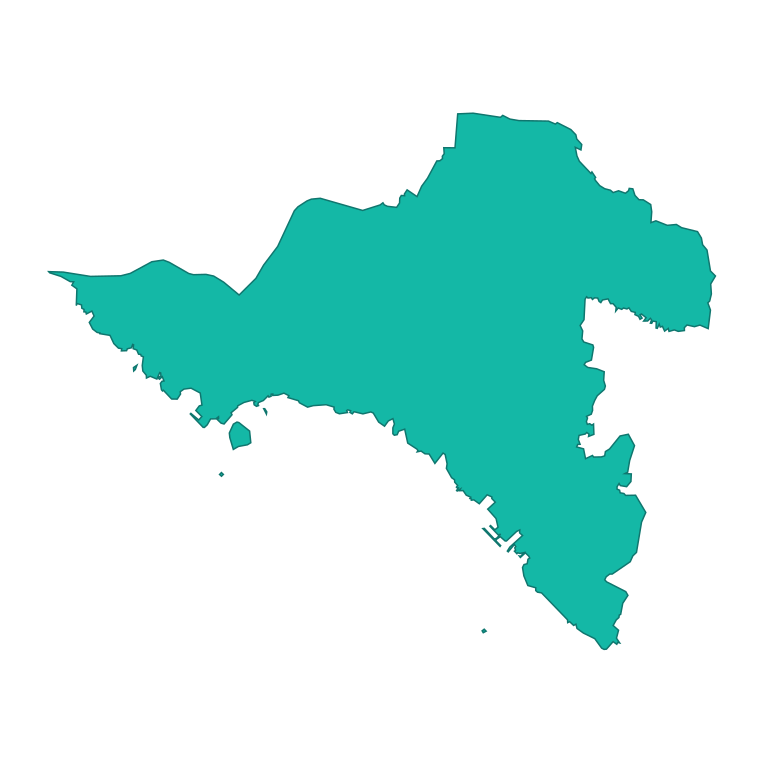 the district of Kota Cilegon, Banten, Indonesia, rotated 269°
{"feature_id": "22746128B25933583546422", "entity_name": "Kota Cilegon", "entity_type": "district", "adm_level": 2, "iso_a3": "IDN", "parent_name": "Indonesia", "parent_adm1": "Banten", "projection": "orthographic", "projection_center": [106.002, -5.978], "detail": "fine", "context": "isolated", "style": "filled", "palette": "teal", "viewbox_px": 768, "rotation_deg": 269, "n_neighbors": 0, "source": "geoboundaries", "source_scale": "gbopen_adm2", "svg_char_len": 6154}
<svg xmlns="http://www.w3.org/2000/svg" viewBox="0 0 768 768"><g transform="rotate(269 384 384)"><path d="M115.0,601.8L122.4,608.6L119.7,612.2L121.5,613.1L121.0,615.1L125.8,612.0L133.7,614.2L138.5,608.9L144.1,612.1L146.4,614.8L148.9,615.2L149.5,616.6L160.6,618.9L168.4,624.2L172.2,622.1L182.3,603.1L184.4,601.3L187.4,602.8L190.0,606.3L190.0,608.9L202.0,627.1L207.8,629.8L211.2,633.5L241.4,639.1L251.0,643.5L268.4,633.6L268.4,623.6L270.3,622.0L271.1,618.2L273.7,617.7L274.8,615.2L277.2,615.2L280.4,617.3L278.3,618.5L277.1,624.8L282.2,629.2L289.8,629.7L290.2,623.3L291.6,626.1L303.2,628.3L318.0,633.4L329.5,627.4L327.9,619.1L315.1,608.4L312.6,604.2L308.3,603.4L307.3,600.0L307.3,592.3L308.9,591.2L305.8,584.2L315.7,582.4L317.7,575.5L320.2,576.6L320.3,579.0L325.1,577.3L329.2,578.1L330.5,584.4L332.0,585.9L330.3,588.1L328.0,587.6L330.0,593.0L340.3,592.8L339.2,591.1L340.7,589.0L340.1,586.6L342.9,585.7L346.4,586.9L348.1,585.9L350.2,590.7L354.0,592.1L358.2,592.0L363.9,594.4L368.5,597.0L374.8,604.3L378.1,605.3L383.8,603.7L392.4,604.4L395.5,596.9L397.0,588.0L399.8,584.5L402.1,585.9L404.3,591.8L417.0,594.2L419.4,593.5L422.5,584.5L425.6,582.7L433.6,583.6L439.1,581.1L444.8,585.1L465.2,586.5L467.7,588.1L466.4,589.4L466.7,592.8L464.9,593.9L466.5,596.0L466.2,599.2L462.8,600.5L461.6,602.2L464.2,603.9L465.2,609.5L460.4,611.9L460.3,614.5L456.6,617.5L452.9,617.0L455.9,619.5L454.5,623.0L455.8,624.8L454.8,628.2L455.9,630.2L452.3,632.5L451.2,636.5L449.0,636.1L447.2,639.7L444.2,641.1L445.4,643.2L448.8,641.2L449.5,642.7L445.7,647.2L442.4,644.7L442.4,648.7L445.0,651.5L443.4,652.6L440.2,651.4L440.0,652.7L442.2,654.0L441.6,657.3L435.2,657.0L434.9,658.2L439.1,660.2L436.1,661.2L436.8,663.4L432.0,665.5L434.6,669.2L431.6,669.9L433.0,675.2L431.5,679.1L432.2,685.3L435.1,685.3L437.7,688.0L435.9,695.4L437.4,700.9L433.7,709.1L452.2,711.7L459.5,709.2L461.3,711.1L468.3,712.9L478.3,712.4L486.2,717.3L491.3,712.4L512.3,709.3L517.7,705.0L524.4,703.9L530.9,700.1L535.1,684.3L538.4,679.1L537.7,670.0L542.4,658.7L540.7,653.7L551.5,654.7L558.8,653.8L563.6,646.5L563.8,642.2L568.2,638.2L574.8,636.2L575.3,632.6L573.0,631.9L570.5,628.7L573.1,621.9L571.4,616.4L573.8,613.8L575.4,608.1L578.6,603.1L583.8,599.0L585.5,598.1L586.8,599.2L592.4,595.6L590.8,594.6L603.3,583.2L608.7,580.9L617.3,579.4L614.6,585.0L620.0,585.9L625.6,581.0L629.8,580.2L635.1,575.3L642.3,561.8L640.9,559.9L644.0,553.0L645.0,523.5L646.7,514.5L650.5,507.4L648.6,505.1L653.2,477.9L652.8,462.4L618.9,459.1L619.2,447.9L613.2,448.2L610.7,446.3L608.3,446.4L606.2,443.7L606.1,440.7L589.0,431.1L581.1,425.1L570.8,420.3L577.7,410.5L573.6,407.7L571.9,407.9L572.2,404.6L569.6,403.0L564.7,402.7L560.4,399.7L561.6,390.5L563.1,387.4L565.2,386.1L563.1,383.2L557.9,365.7L570.8,323.5L570.1,314.6L568.4,310.2L562.7,301.1L558.8,297.4L523.4,280.1L505.0,265.7L491.9,257.8L475.5,240.7L488.6,225.5L494.9,215.6L496.7,207.9L496.6,195.4L497.9,190.7L509.4,171.4L511.8,165.5L510.3,154.0L499.0,132.2L496.8,122.8L496.7,92.4L501.5,65.2L502.2,50.7L501.0,51.7L497.2,62.9L491.8,72.1L491.6,75.5L488.2,73.6L484.5,78.6L467.8,77.7L469.8,78.6L468.4,82.9L465.0,83.2L463.8,85.4L461.4,85.2L461.2,87.1L459.2,87.6L462.0,93.2L457.0,95.3L450.7,90.4L444.0,93.7L440.6,98.0L439.8,101.6L439.4,100.1L437.4,110.9L429.1,114.6L424.5,119.1L423.9,122.4L421.7,122.0L421.8,127.2L423.7,128.0L424.6,132.0L428.0,133.4L427.6,134.3L423.7,133.8L422.3,137.4L418.1,139.1L417.8,141.3L416.3,141.7L415.4,143.9L406.7,142.6L401.2,143.1L396.9,146.5L394.1,146.6L395.8,150.4L392.9,157.0L399.4,160.0L399.0,160.9L395.9,161.1L394.9,159.2L393.3,158.9L392.7,159.7L395.2,162.4L390.9,164.1L390.6,162.1L388.4,160.4L382.1,161.4L380.9,162.4L381.6,163.3L372.7,171.4L372.5,177.0L377.5,180.4L379.8,180.1L382.4,183.9L383.2,191.0L378.2,200.1L366.1,201.6L365.3,198.9L360.8,195.4L354.6,201.3L351.3,198.1L358.0,190.4L357.4,189.8L343.8,202.4L343.7,203.7L346.2,206.5L352.1,210.0L352.1,215.3L354.2,218.0L352.6,218.1L351.5,216.6L347.7,220.4L346.8,223.4L355.9,231.5L357.9,230.6L363.2,237.2L364.7,237.3L368.0,243.7L370.0,251.6L368.8,255.0L367.6,253.5L365.5,253.8L363.9,256.1L364.8,258.8L365.0,257.3L367.6,258.1L369.6,263.1L374.2,267.9L372.9,268.7L373.7,270.9L375.8,271.0L375.9,272.7L374.5,272.6L374.7,277.8L376.6,283.8L374.0,288.7L372.1,287.7L368.8,298.1L366.7,299.1L362.2,307.2L363.6,312.9L364.3,325.8L361.8,333.7L359.6,333.5L356.5,335.3L355.0,338.9L356.1,347.0L358.1,346.2L358.8,347.3L357.9,350.2L356.2,349.4L354.7,351.8L356.8,353.6L354.5,362.4L356.3,370.4L355.1,372.8L346.0,378.0L341.8,383.8L347.0,387.7L349.2,392.3L343.8,393.7L340.0,392.1L334.1,392.0L332.6,393.4L333.1,396.3L336.5,397.8L338.5,403.9L324.5,406.7L318.4,415.7L316.9,416.8L315.6,416.0L316.3,419.9L313.5,423.7L313.2,427.9L303.7,433.5L313.9,441.8L312.5,443.9L303.1,445.7L298.5,444.9L289.1,450.0L287.1,452.8L284.6,453.0L281.2,455.9L279.6,454.6L278.4,455.8L279.3,457.1L276.3,454.7L275.7,455.3L277.7,458.6L276.0,457.7L276.0,461.3L271.4,464.3L269.3,468.8L268.0,467.9L267.5,469.3L266.3,469.3L266.6,471.8L262.6,477.2L271.4,485.2L269.2,489.9L267.6,489.8L263.9,493.2L257.1,485.5L247.5,493.7L238.8,495.5L236.3,492.3L240.6,488.1L240.0,487.4L231.1,495.6L231.9,498.0L227.6,493.6L227.2,491.5L237.9,481.8L237.7,480.3L219.6,497.2L220.4,497.8L225.1,493.3L226.5,493.4L229.3,497.6L224.9,502.4L224.9,503.7L234.3,514.1L235.7,517.2L232.8,517.0L230.1,519.9L218.8,507.0L214.8,504.4L214.0,505.3L221.3,511.6L219.1,512.9L217.8,511.9L215.4,512.7L214.6,511.5L212.0,513.9L212.9,514.6L212.2,517.0L213.0,521.1L209.3,517.5L209.6,516.3L208.2,517.3L212.7,522.4L209.4,525.7L207.4,526.7L206.3,524.9L201.8,524.0L201.0,520.8L198.1,519.3L189.7,520.5L180.0,524.3L177.6,532.2L174.8,532.1L173.2,533.8L172.4,537.9L145.0,563.4L142.2,563.5L143.1,565.5L139.3,569.4L140.5,571.7L136.2,572.7L131.5,579.0L125.7,590.3L116.1,597.0L114.8,599.4L115.0,601.8ZM346.5,232.7L337.7,228.5L333.1,228.9L321.2,232.2L324.1,237.4L325.6,246.4L327.6,249.8L339.3,248.8L348.0,238.2L348.5,236.3L346.5,232.7ZM296.4,221.8L298.3,219.9L296.4,218.0L294.6,219.9L296.4,221.8ZM407.1,137.3L404.8,133.8L401.4,134.0L402.8,135.6L407.1,137.3ZM135.1,481.8L137.1,479.9L135.5,477.8L133.6,478.9L135.1,481.8ZM358.2,266.3L361.4,264.3L361.4,263.3L356.0,265.9L358.2,266.3Z" fill="#14b8a6" stroke="#0f766e" stroke-width="1.5"/></g></svg>